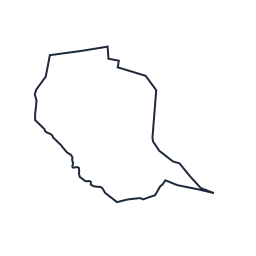 Monguel, Gorgol, Mauritania, rotated 103°
{"feature_id": "47542326B31251685847111", "entity_name": "Monguel", "entity_type": "district", "adm_level": 2, "iso_a3": "MRT", "parent_name": "Mauritania", "parent_adm1": "Gorgol", "projection": "mercator", "projection_center": [-12.888, 16.524], "detail": "fine", "context": "isolated", "style": "outline", "palette": "slate", "viewbox_px": 256, "rotation_deg": 103, "n_neighbors": 0, "source": "geoboundaries", "source_scale": "gbopen_adm2", "svg_char_len": 1054}
<svg xmlns="http://www.w3.org/2000/svg" viewBox="0 0 256 256"><g transform="rotate(103 128 128)"><path d="M53.3,166.2L63.2,190.4L74.6,220.5L96.5,219.7L111.4,226.1L116.2,226.4L121.9,223.3L130.7,222.1L135.0,221.7L141.1,220.3L147.8,209.3L150.0,207.8L150.6,205.9L151.0,203.8L151.4,201.9L152.2,200.3L154.4,198.5L156.0,195.6L157.4,193.4L158.8,191.1L159.7,189.3L160.8,188.3L163.6,184.5L165.6,181.8L166.8,178.0L168.3,176.2L169.7,175.3L171.3,175.4L173.8,174.1L174.3,173.6L178.2,173.6L179.0,172.5L177.6,169.0L177.6,167.8L178.0,166.8L180.2,166.2L180.9,165.8L182.7,165.7L183.7,165.5L186.6,163.9L187.9,160.7L189.0,158.7L189.3,156.4L188.3,153.6L188.8,152.1L191.5,151.5L192.5,148.3L191.7,140.8L192.9,139.0L196.5,135.5L202.7,122.0L198.5,113.9L196.9,110.1L193.6,100.5L194.1,97.1L190.9,92.2L187.4,86.5L177.3,83.4L175.3,81.6L170.6,79.9L172.6,66.9L172.0,46.6L172.1,29.6L170.2,43.5L161.2,56.6L150.9,69.8L150.4,76.9L143.1,92.5L135.7,100.4L131.9,102.0L84.8,109.0L73.2,122.6L71.2,151.6L64.5,152.1L64.9,162.6L53.3,166.2Z" fill="none" stroke="#1e293b" stroke-width="2"/></g></svg>